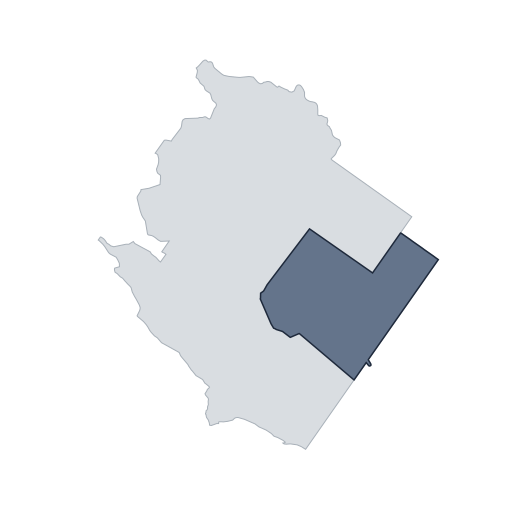 Sudan, with Northern highlighted, rotated 125°
{"feature_id": "SDN-878", "entity_name": "Northern", "entity_type": "State", "adm_level": 1, "iso_a3": "SDN", "parent_name": "Sudan", "parent_adm1": "", "projection": "natural_earth1", "projection_center": [29.004, 19.383], "detail": "fine", "context": "in_parent", "style": "filled", "palette": "slate", "viewbox_px": 512, "rotation_deg": 125, "n_neighbors": 0, "source": "natural_earth", "source_scale": "10m", "svg_char_len": 5354}
<svg xmlns="http://www.w3.org/2000/svg" viewBox="0 0 512 512"><g transform="rotate(125 256 256)"><path d="M333.4,394.4L329.7,394.4L329.3,393.4L329.3,390.6L329.8,388.5L331.1,385.2L330.8,383.4L331.0,380.8L330.0,377.8L321.0,369.3L319.3,366.9L314.5,364.8L315.3,362.4L313.3,344.9L314.3,342.9L314.5,339.9L314.5,337.2L315.6,332.7L315.7,330.8L306.3,330.7L306.2,332.6L306.6,334.8L306.6,335.6L293.5,335.7L298.7,342.5L299.0,345.5L298.7,349.3L298.8,351.7L299.1,353.2L300.5,356.3L300.4,356.9L300.1,357.6L290.8,366.7L289.2,370.9L288.0,373.2L285.3,376.9L276.8,386.6L275.4,387.3L268.9,387.6L268.3,387.9L267.7,388.3L267.5,388.2L261.9,382.5L252.5,375.6L246.4,379.2L244.7,380.5L244.6,383.8L243.7,385.5L242.0,387.3L237.5,388.5L235.1,389.5L232.2,391.4L229.5,394.5L229.3,396.1L229.6,397.6L213.8,397.5L212.7,396.3L210.4,391.2L208.8,391.5L194.4,390.9L192.4,391.5L188.3,393.6L186.2,393.9L184.1,392.9L176.5,382.8L174.9,381.6L173.2,379.2L171.6,378.1L171.0,377.3L170.8,376.2L170.9,374.0L170.4,372.6L169.2,372.3L159.0,374.7L157.5,374.4L155.4,374.8L154.7,375.2L153.8,376.6L153.6,379.3L153.4,380.7L152.6,382.3L149.7,385.7L149.0,387.2L149.2,391.0L149.0,392.9L148.5,393.8L147.3,395.3L146.8,396.1L146.3,401.0L144.7,403.9L144.3,404.9L144.2,407.0L143.9,407.7L139.3,409.4L137.6,410.4L136.6,412.1L136.3,412.8L134.3,412.2L131.8,411.8L127.0,411.3L125.1,410.5L124.2,409.3L124.5,406.4L124.0,405.8L123.3,405.2L122.7,404.0L122.9,402.4L125.4,399.0L125.9,397.2L126.6,388.7L126.5,386.1L124.5,381.3L119.9,373.1L118.8,371.4L113.0,364.7L112.4,363.6L111.0,360.8L112.6,354.5L112.7,352.8L112.3,351.0L110.8,349.6L109.5,349.5L107.8,347.8L106.7,347.0L105.7,345.5L105.1,343.5L105.6,336.1L105.3,335.1L103.8,334.8L103.5,334.3L103.5,332.8L102.8,328.6L101.9,325.1L102.4,323.2L101.2,320.6L98.8,319.4L94.2,320.3L92.8,320.2L91.8,319.7L91.1,318.7L90.8,317.6L91.1,315.9L92.4,312.7L94.1,310.1L97.4,307.8L98.3,306.5L98.8,305.1L98.9,303.5L98.7,301.8L98.4,300.3L97.4,298.3L96.5,295.9L96.5,294.3L96.9,293.1L97.8,291.7L101.1,289.0L104.5,286.7L105.1,285.9L104.9,284.9L103.4,283.1L102.9,279.4L102.1,276.9L103.8,275.0L105.1,274.3L107.0,273.7L107.8,272.9L108.0,271.4L108.0,269.9L108.7,268.9L109.7,266.5L110.5,265.5L113.0,262.8L113.6,261.0L113.8,259.3L113.1,254.2L114.6,252.0L116.5,250.3L119.3,250.4L123.5,250.0L126.4,249.3L128.4,249.3L133.1,250.2L133.6,249.8L133.8,248.5L134.5,150.9L153.8,150.9L154.0,150.7L154.4,104.6L275.7,104.6L276.7,104.4L278.6,100.1L279.4,99.8L280.6,100.0L281.0,101.0L280.1,104.6L385.9,104.5L386.2,109.8L387.1,114.0L390.2,120.1L392.8,123.3L393.8,125.1L393.9,126.0L393.8,126.7L393.0,125.8L391.7,125.2L391.5,128.1L392.2,133.9L393.3,137.9L392.6,141.7L392.8,148.0L394.3,155.6L394.1,160.5L396.4,171.8L398.6,178.1L399.9,179.7L401.2,180.5L403.8,181.0L407.6,184.3L410.6,187.6L411.7,189.4L413.1,191.3L414.1,191.0L414.7,190.5L415.7,192.0L420.5,195.4L421.2,197.0L419.5,198.5L417.6,201.2L416.7,203.7L416.2,204.4L414.6,206.0L414.4,206.7L413.7,207.2L413.0,207.2L411.4,208.1L409.9,207.8L408.4,208.3L407.9,208.9L406.7,209.4L405.2,209.7L402.7,211.7L400.6,212.8L399.9,213.6L398.8,217.7L398.0,218.8L394.8,218.9L393.2,219.3L391.1,218.8L390.1,218.9L389.8,219.8L389.5,223.3L389.5,224.9L387.8,228.9L388.4,236.5L386.7,242.2L386.5,243.5L384.8,248.0L383.9,249.7L381.7,258.1L380.9,260.7L379.1,263.5L381.2,283.7L379.6,289.9L379.7,293.3L378.6,298.3L377.8,300.6L376.4,303.4L375.2,306.5L374.2,310.6L373.5,318.3L373.2,319.1L367.5,320.0L365.8,320.6L364.6,321.4L363.1,323.4L360.3,328.9L358.8,332.2L356.4,336.8L353.6,340.1L353.1,341.6L352.6,344.6L351.6,349.2L350.7,352.5L350.9,355.2L350.0,359.8L350.2,362.0L349.2,363.3L347.9,364.5L347.0,364.8L343.1,361.7L340.3,363.8L338.6,366.8L337.2,369.8L338.0,376.2L338.0,377.6L337.6,379.1L335.0,385.4L334.2,388.2L333.4,393.2L333.4,394.4Z" fill="#d9dde1" stroke="#a8b0b8" stroke-width="1"/><path d="M280.1,104.6L281.2,104.6L281.8,104.6L283.7,104.6L285.7,104.6L287.7,104.6L289.7,104.6L291.7,104.6L293.7,104.6L295.7,104.6L297.7,104.6L299.7,104.6L301.3,104.6L294.7,175.9L294.7,176.0L294.8,176.2L302.9,181.2L302.9,181.3L303.0,181.5L302.6,191.0L304.6,197.3L304.6,198.4L305.0,200.2L302.9,204.8L288.7,227.9L288.0,228.1L283.8,230.9L281.0,229.9L280.0,229.7L273.2,230.4L203.1,227.7L203.0,150.8L154.4,150.8L154.1,150.6L154.1,148.0L154.1,145.8L154.1,143.6L154.1,141.4L154.1,139.2L154.2,136.3L154.2,133.4L154.2,130.6L154.2,127.7L154.2,124.8L154.3,121.9L154.3,119.0L154.3,116.1L154.3,113.2L154.3,110.3L154.4,107.5L154.4,104.6L156.3,104.6L158.2,104.6L160.1,104.6L162.0,104.6L163.9,104.6L165.8,104.6L167.7,104.6L169.6,104.6L171.4,104.6L173.3,104.6L175.2,104.6L177.1,104.6L179.0,104.6L180.9,104.6L182.8,104.6L184.7,104.6L186.6,104.6L188.5,104.6L190.4,104.6L192.3,104.6L194.2,104.6L196.1,104.6L198.0,104.6L199.9,104.6L201.8,104.6L203.7,104.6L205.6,104.6L207.5,104.6L209.4,104.6L211.2,104.6L213.1,104.6L215.0,104.6L216.9,104.6L218.8,104.6L220.7,104.6L222.6,104.6L224.5,104.6L226.4,104.6L228.3,104.6L230.2,104.6L232.1,104.6L234.0,104.6L235.9,104.6L237.8,104.6L239.7,104.6L241.6,104.6L243.5,104.6L245.4,104.6L247.3,104.6L249.2,104.6L251.0,104.6L252.9,104.6L254.8,104.6L256.7,104.6L258.6,104.6L260.5,104.6L262.4,104.6L264.3,104.6L266.2,104.6L268.1,104.6L270.0,104.6L271.9,104.6L273.8,104.6L275.7,104.6L276.4,104.6L276.7,104.4L277.6,102.2L278.6,100.1L279.1,99.5L279.4,99.3L279.8,99.2L280.2,99.3L280.5,99.5L281.0,99.9L281.2,100.4L281.1,101.0L280.7,102.5L280.1,104.6Z" fill="#64748b" stroke="#1e293b" stroke-width="1.5"/></g></svg>